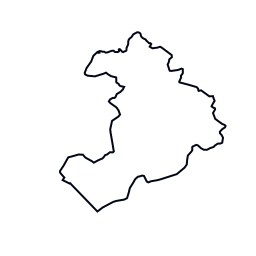 the border of Ségou, rotated 226°
{"feature_id": "MLI-2810", "entity_name": "Ségou", "entity_type": "Region", "adm_level": 1, "iso_a3": "MLI", "parent_name": "Mali", "parent_adm1": "", "projection": "robinson", "projection_center": [-5.293, 14.054], "detail": "fine", "context": "isolated", "style": "outline", "palette": "ink", "viewbox_px": 256, "rotation_deg": 226, "n_neighbors": 0, "source": "natural_earth", "source_scale": "10m", "svg_char_len": 2833}
<svg xmlns="http://www.w3.org/2000/svg" viewBox="0 0 256 256"><g transform="rotate(226 128 128)"><path d="M203.6,159.4L203.4,159.0L203.2,158.8L202.8,158.8L202.7,159.0L202.0,159.8L202.3,160.1L202.9,160.1L203.3,160.4L203.1,160.9L202.4,161.6L201.7,162.1L201.2,162.3L200.6,162.6L199.8,163.5L199.4,163.8L198.1,164.2L197.7,164.4L196.9,165.3L196.4,166.3L195.5,168.5L194.8,169.9L193.9,171.1L193.3,171.4L192.9,171.4L192.4,171.3L191.9,171.4L191.2,171.9L190.3,172.8L189.6,173.8L189.4,174.6L189.7,175.2L190.8,175.8L190.9,176.3L190.5,176.8L190.0,176.9L186.9,176.8L186.0,177.2L185.4,179.0L185.1,179.5L184.9,179.9L184.9,180.6L185.2,181.1L186.6,182.6L187.9,185.8L188.5,186.7L189.9,188.1L190.8,189.4L191.2,190.9L191.0,194.0L191.7,196.6L191.6,197.2L190.6,200.8L190.1,201.5L189.4,202.0L188.5,202.4L187.5,202.5L186.8,202.3L185.5,201.4L184.0,201.0L182.4,201.1L180.8,201.6L179.4,202.2L178.6,202.0L178.5,201.9L174.3,202.1L173.5,203.0L172.2,203.0L171.4,200.1L168.3,201.0L165.2,205.3L164.2,207.5L162.4,208.1L156.1,209.1L150.1,210.1L148.5,208.8L148.7,205.5L146.9,202.8L146.2,200.7L141.1,198.1L140.2,197.8L138.8,199.0L135.0,204.3L133.5,207.8L132.2,208.3L129.3,205.4L128.8,202.3L127.4,201.2L125.8,197.1L125.1,196.7L117.1,201.6L109.7,205.8L107.5,205.7L106.0,204.6L105.5,204.7L104.4,206.7L94.3,208.5L91.9,211.2L89.5,210.0L87.4,209.2L86.4,205.6L85.6,203.2L84.0,203.3L81.8,204.2L80.9,203.6L79.7,199.5L76.3,198.1L74.2,197.1L70.7,197.6L65.3,198.6L63.2,199.6L61.7,199.6L61.1,198.3L61.7,194.8L61.5,191.6L60.4,190.5L58.1,190.5L55.0,189.6L52.7,186.5L52.0,185.6L52.6,183.7L54.4,181.7L55.0,178.4L54.9,176.4L56.5,173.0L57.4,169.8L59.6,167.5L62.5,166.5L67.0,166.2L68.5,165.3L69.8,161.4L69.2,160.4L67.5,159.0L67.0,157.4L66.6,151.9L63.8,148.2L60.9,144.9L60.2,141.2L60.9,131.1L68.2,116.3L69.9,113.1L73.7,107.6L74.7,104.9L76.4,104.3L82.4,106.2L83.9,105.2L84.9,103.1L86.1,101.2L86.2,97.6L85.2,94.3L83.5,87.6L81.2,84.0L78.2,78.6L79.1,75.6L83.6,69.0L85.1,66.1L88.4,54.6L89.2,48.0L94.0,48.0L100.5,48.0L104.2,48.0L107.7,48.0L111.0,48.0L114.1,48.0L120.6,48.0L128.2,48.0L128.3,48.0L128.5,48.0L128.5,47.9L128.5,47.7L128.6,47.4L135.9,44.8L136.6,47.8L141.9,48.0L143.5,48.4L144.3,49.3L145.7,55.7L148.4,64.6L146.7,67.6L143.2,74.1L140.1,77.0L136.3,76.8L128.8,79.1L126.8,79.3L125.5,84.1L123.8,88.6L124.0,91.0L124.4,92.9L123.5,94.3L123.1,98.2L121.1,100.0L121.0,101.5L128.4,106.6L136.7,112.2L139.5,114.4L144.2,121.5L142.9,129.0L143.2,131.6L147.2,133.4L150.8,134.0L158.2,132.6L160.4,132.7L161.0,134.9L160.3,137.8L159.0,139.2L159.0,140.7L160.2,143.3L159.2,148.0L159.3,151.2L160.3,153.8L163.2,151.8L164.5,151.4L166.2,151.9L168.7,151.3L169.4,151.6L170.6,152.9L172.6,154.6L177.1,151.8L180.7,150.9L183.1,150.6L184.0,148.2L188.1,140.1L193.7,135.3L196.4,134.4L197.7,135.1L199.9,139.9L201.4,147.7L204.0,153.3L203.9,158.6L203.9,158.9L203.6,159.4Z" fill="none" stroke="#020617" stroke-width="2"/></g></svg>